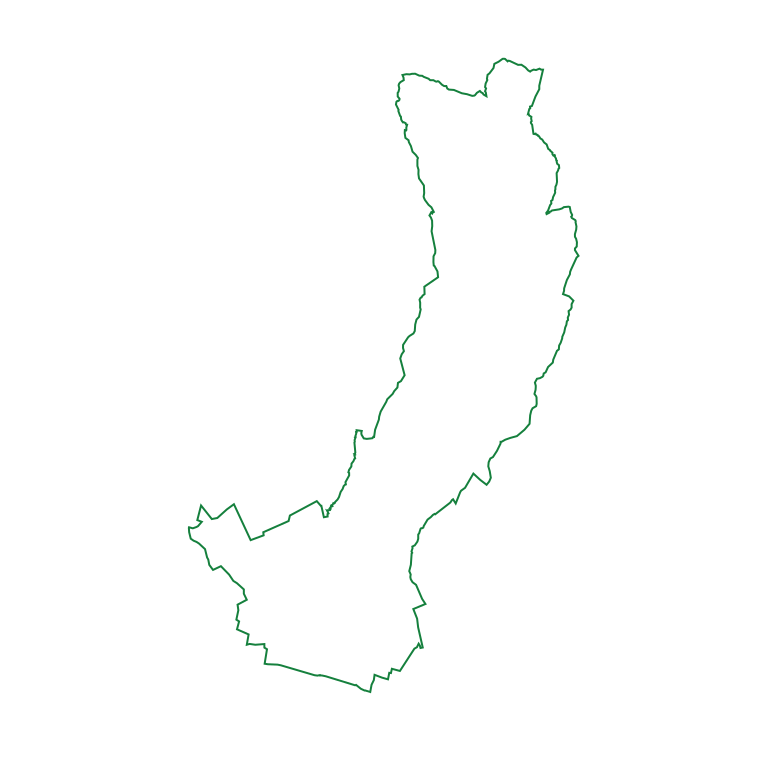 outline of Galda De Jos, Alba, Romania, rotated 78°
{"feature_id": "2599482B67050405953805", "entity_name": "Galda De Jos", "entity_type": "district", "adm_level": 2, "iso_a3": "ROU", "parent_name": "Romania", "parent_adm1": "Alba", "projection": "robinson", "projection_center": [23.552, 46.204], "detail": "fine", "context": "isolated", "style": "outline", "palette": "green", "viewbox_px": 768, "rotation_deg": 78, "n_neighbors": 0, "source": "geoboundaries", "source_scale": "gbopen_adm2", "svg_char_len": 6134}
<svg xmlns="http://www.w3.org/2000/svg" viewBox="0 0 768 768"><g transform="rotate(78 384 384)"><path d="M679.8,466.7L679.8,466.2L682.4,461.5L675.6,458.7L671.5,455.5L666.5,453.7L670.8,447.0L673.7,441.5L667.6,438.9L668.2,437.3L664.2,435.5L668.0,428.1L649.2,409.3L648.3,406.5L645.2,404.1L647.3,403.3L649.8,403.2L649.8,400.9L629.1,401.2L620.4,400.4L610.2,402.1L607.8,389.2L602.1,391.4L587.1,394.4L583.8,397.3L580.5,398.4L578.3,398.4L575.8,397.5L572.3,398.2L566.4,395.3L555.5,392.2L555.0,391.5L553.5,391.9L550.5,390.2L548.9,390.1L548.2,387.4L545.1,384.1L542.5,382.7L538.3,381.8L537.4,380.7L533.3,378.4L532.8,377.6L533.0,376.4L532.6,375.4L531.1,374.6L525.7,369.6L523.9,365.8L522.2,363.3L521.6,361.5L522.1,361.0L514.2,344.7L513.6,343.6L511.7,341.7L511.1,340.4L515.8,338.7L505.7,332.0L504.4,330.8L502.4,326.3L490.2,315.2L497.7,309.9L503.9,304.6L501.3,301.4L497.9,299.0L491.2,298.7L486.2,299.1L482.3,297.9L479.0,295.5L478.1,292.6L472.9,287.4L466.5,282.4L464.8,282.0L465.0,281.1L463.7,277.0L463.0,271.7L462.6,264.8L458.0,256.2L453.2,249.9L444.9,247.5L440.7,245.5L438.6,243.7L437.3,239.8L435.2,238.8L428.9,237.6L427.7,237.7L425.0,238.9L421.3,237.0L419.3,236.4L417.2,235.9L414.0,236.1L410.7,233.3L410.7,230.3L409.9,227.5L409.1,226.5L406.9,225.6L406.2,223.5L401.5,220.0L398.1,214.4L395.4,213.4L387.5,207.9L386.5,205.8L382.8,204.7L380.4,202.6L376.4,200.2L374.9,199.8L371.0,197.0L366.4,195.0L364.0,193.3L360.7,192.1L359.7,190.7L357.2,190.4L354.7,188.6L351.1,188.3L349.9,186.0L348.3,184.6L344.9,183.9L341.9,181.4L336.8,184.7L333.3,190.2L330.3,188.5L327.9,187.9L320.3,183.5L315.4,179.4L313.0,178.6L310.9,177.2L300.3,169.3L299.1,167.1L292.7,169.4L291.1,169.0L289.6,166.9L285.4,165.8L281.9,165.9L279.7,166.6L277.1,166.1L272.9,163.9L269.9,163.0L265.5,163.0L264.6,162.6L263.5,162.8L260.6,165.8L259.3,166.1L258.7,165.2L257.7,164.8L254.6,165.6L249.5,165.5L248.9,166.6L248.4,171.3L249.3,173.4L249.6,176.3L249.2,183.6L250.0,185.1L250.0,186.4L250.8,186.6L251.6,189.6L250.4,189.7L248.5,187.5L243.5,184.3L242.3,182.8L239.7,182.5L239.0,180.9L236.4,179.8L232.5,176.8L230.2,176.5L229.3,175.9L226.7,175.3L224.9,173.9L222.2,172.7L213.6,171.3L211.4,169.4L209.7,168.5L209.2,167.7L206.3,167.4L204.6,168.8L202.6,168.9L201.5,168.5L201.1,169.0L199.2,168.9L196.8,169.7L195.9,169.3L195.5,169.5L195.8,170.8L195.4,171.0L194.0,171.5L192.8,171.1L190.1,173.1L189.6,173.1L188.1,174.5L183.5,175.1L181.0,177.2L177.8,178.4L176.3,180.0L173.8,180.9L173.5,181.6L172.2,182.0L171.9,183.1L170.6,183.6L170.8,185.1L170.4,185.8L161.3,185.2L159.3,186.0L158.4,185.9L157.6,184.9L155.1,184.9L153.3,184.3L151.5,186.2L149.7,186.4L149.8,187.0L145.2,184.7L144.8,183.7L143.0,183.5L142.8,181.5L134.3,176.1L127.9,170.8L124.5,170.1L109.6,163.1L109.1,165.1L107.9,166.3L108.5,170.0L107.6,172.3L108.2,175.0L108.8,176.1L107.2,177.8L103.8,179.8L100.3,183.2L99.7,186.5L94.1,193.9L93.6,195.2L94.1,196.0L91.2,198.0L90.8,199.0L90.6,200.4L92.6,204.9L93.8,209.5L97.7,211.2L102.1,216.3L103.1,218.4L107.0,219.9L108.1,219.7L111.2,222.1L114.6,223.4L116.1,222.7L118.7,224.3L119.9,223.8L123.8,224.0L121.5,226.5L120.0,227.0L119.1,228.2L117.3,229.3L118.5,232.6L120.4,234.9L120.7,235.8L120.5,237.8L117.8,242.5L115.8,247.4L110.9,254.5L109.5,259.3L108.1,260.7L105.5,261.1L105.1,263.2L103.4,265.0L99.7,267.4L99.0,268.3L99.2,269.6L98.8,270.6L97.1,272.5L96.4,275.7L94.7,276.9L91.8,281.3L90.5,282.5L89.7,285.4L87.0,289.0L86.4,292.3L86.5,294.5L85.6,297.7L85.6,301.7L88.4,301.2L90.9,301.5L92.1,305.1L93.3,306.7L94.8,307.6L98.1,307.6L101.1,309.0L102.1,310.1L105.7,310.8L108.2,309.5L109.2,309.8L109.9,310.6L110.1,311.3L109.9,312.1L110.6,313.2L113.1,314.2L118.9,312.7L119.9,313.2L125.1,312.5L125.9,311.9L129.0,312.2L130.9,311.6L132.1,311.0L132.0,310.3L133.4,308.6L134.8,308.5L135.2,307.5L137.9,308.9L140.2,309.3L140.6,309.7L140.0,310.8L142.9,311.6L147.7,311.9L150.7,309.3L152.6,309.4L156.9,308.2L162.7,307.8L166.5,305.3L170.0,303.8L171.5,304.7L177.7,306.0L181.7,305.7L185.8,306.7L190.2,307.0L198.1,303.7L205.6,305.0L209.0,306.3L210.2,306.2L212.5,305.7L218.0,303.2L221.0,300.9L226.1,299.5L226.4,300.2L226.0,300.9L227.0,301.4L225.9,302.1L228.6,304.5L230.9,303.5L234.2,303.0L239.6,304.0L244.5,305.7L263.6,305.9L266.6,306.7L269.4,309.0L275.0,310.3L278.5,310.7L279.0,310.1L285.0,308.3L290.8,308.9L297.2,324.3L304.5,325.6L305.6,327.9L307.1,329.3L307.2,330.2L308.9,331.7L312.0,331.7L316.9,332.8L318.6,332.6L325.6,335.8L327.7,338.8L332.3,341.1L338.6,342.9L340.7,344.7L342.3,349.0L343.3,350.7L349.7,357.2L352.7,357.9L356.0,357.7L358.6,360.5L362.4,362.8L379.7,362.0L384.7,366.8L385.8,370.1L390.2,371.6L393.1,375.5L395.5,377.6L399.6,384.0L401.9,385.5L410.3,393.0L414.9,395.5L417.7,396.4L426.9,402.2L433.7,404.7L433.4,405.4L434.6,406.5L434.5,408.3L434.1,412.3L433.0,415.1L428.9,416.5L427.2,416.4L425.3,415.5L423.5,420.4L425.1,420.6L425.1,421.3L426.8,421.5L429.0,422.8L429.9,422.7L430.2,423.5L430.9,423.3L432.7,424.4L434.5,424.6L435.1,425.1L445.1,426.3L445.8,426.7L446.2,427.7L447.3,427.0L447.7,427.8L450.8,427.7L451.1,428.5L453.2,430.0L455.1,432.3L457.9,433.1L460.7,436.0L463.0,437.2L463.7,436.6L466.2,437.1L472.0,442.1L474.3,442.2L474.4,443.1L475.5,444.7L478.1,446.3L480.5,448.8L485.2,451.5L487.3,453.4L489.3,456.4L490.1,456.8L490.5,457.7L490.0,458.3L491.5,459.4L491.6,460.7L492.1,461.1L492.9,460.3L493.3,461.7L494.4,463.0L495.1,462.2L496.1,463.0L495.8,465.1L496.7,465.4L496.3,465.9L499.1,465.2L499.5,466.3L501.9,466.7L501.8,470.5L490.2,470.6L490.2,471.0L484.6,474.1L493.1,503.4L498.2,505.8L503.9,532.9L507.0,533.2L509.0,546.9L470.4,555.8L474.0,563.8L480.4,574.9L480.3,580.5L464.8,588.2L478.3,594.9L480.9,590.9L484.4,595.5L484.9,597.2L485.4,601.0L483.6,604.5L484.2,604.8L488.5,605.4L495.1,605.2L497.7,602.8L499.5,600.2L501.6,598.1L508.3,593.4L516.9,593.1L519.2,592.4L524.6,592.5L530.3,589.9L528.3,581.4L538.3,575.1L545.3,572.3L548.2,569.3L555.8,563.8L560.0,564.7L566.5,563.1L569.4,573.1L575.0,573.5L583.8,577.4L586.1,575.1L593.4,578.8L600.8,568.5L610.5,572.4L610.3,569.5L612.3,564.1L613.5,555.1L617.0,555.8L619.1,553.6L632.8,558.9L633.9,556.1L636.4,546.4L637.7,543.4L654.4,512.5L655.4,509.7L655.4,507.3L655.8,507.3L656.2,505.3L657.8,501.7L672.7,474.9L672.5,473.9L677.3,470.0L679.8,466.7Z" fill="none" stroke="#15803d" stroke-width="2"/></g></svg>